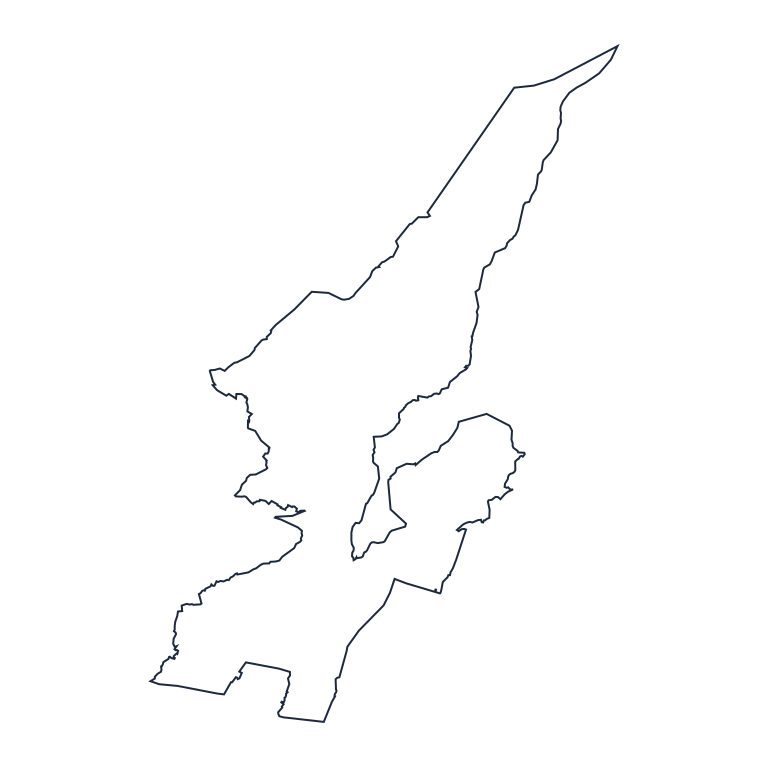 Tetela del Volcán, Morelos, Mexico
{"feature_id": "50627088B54865100778576", "entity_name": "Tetela del Volcán", "entity_type": "district", "adm_level": 2, "iso_a3": "MEX", "parent_name": "Mexico", "parent_adm1": "Morelos", "projection": "orthographic", "projection_center": [-98.713, 18.918], "detail": "fine", "context": "isolated", "style": "outline", "palette": "slate", "viewbox_px": 768, "rotation_deg": 0, "n_neighbors": 0, "source": "geoboundaries", "source_scale": "gbopen_adm2", "svg_char_len": 6117}
<svg xmlns="http://www.w3.org/2000/svg" viewBox="0 0 768 768"><path d="M514.2,87.7L427.5,212.4L429.9,215.9L427.2,217.2L418.3,217.2L411.9,223.6L409.7,224.1L396.0,241.2L398.2,246.4L393.0,256.7L390.7,257.0L384.7,261.4L381.9,262.4L378.7,266.1L379.3,267.0L376.0,267.6L372.3,271.1L370.1,277.0L355.4,293.1L353.5,295.9L349.2,298.8L344.2,299.7L341.6,299.3L328.4,292.9L311.7,291.8L294.4,309.4L275.7,325.0L270.7,330.5L271.3,331.1L270.6,333.4L266.8,336.8L266.8,339.1L263.1,339.6L261.6,340.4L254.8,348.1L254.5,350.0L249.4,356.0L236.9,362.3L234.3,362.8L228.3,367.3L224.7,370.9L219.8,368.5L214.9,369.9L210.3,370.3L209.8,371.0L213.1,382.0L215.2,384.7L212.7,385.2L217.1,390.2L226.3,395.7L228.8,393.9L236.0,398.6L236.4,394.0L241.6,394.1L244.1,395.9L245.7,396.4L245.1,397.4L246.8,397.9L246.6,398.6L247.3,399.0L246.4,402.5L247.3,404.2L247.9,407.3L247.4,411.4L251.8,414.0L248.9,417.0L249.3,420.8L249.0,421.9L248.0,421.1L247.9,427.7L248.3,428.4L255.2,430.9L261.1,440.6L269.5,447.6L269.3,448.7L268.8,448.7L268.7,451.5L267.6,453.5L265.3,453.5L263.1,456.7L266.7,460.5L266.2,461.1L266.6,462.3L266.0,465.1L267.3,468.0L266.0,469.3L255.7,474.5L250.2,474.8L246.8,477.9L246.1,480.7L241.9,484.7L240.1,490.1L234.9,495.4L235.9,496.4L241.7,496.7L244.5,496.3L246.2,497.0L250.7,502.2L253.2,504.1L254.0,502.6L255.3,502.5L256.6,501.4L259.5,501.2L259.9,499.8L265.5,500.9L268.8,504.0L271.6,501.0L277.6,504.4L277.4,505.3L281.1,507.1L280.7,507.8L285.3,509.8L285.8,508.1L287.6,506.9L288.1,505.1L292.2,507.1L292.9,506.4L294.4,506.5L296.9,508.7L296.2,511.3L298.5,512.3L300.3,510.8L304.4,510.6L304.7,510.9L292.4,515.9L275.7,516.8L275.0,517.7L280.9,519.5L297.9,527.4L301.9,530.8L301.6,533.2L302.2,535.5L300.8,538.5L301.3,540.3L299.9,541.9L296.1,544.0L294.2,548.1L282.2,556.8L279.4,560.5L275.8,561.5L270.4,561.8L269.3,563.4L263.5,563.6L260.9,564.7L256.0,568.4L253.6,569.2L248.4,572.4L237.4,574.5L237.0,573.4L235.5,573.9L232.8,576.5L230.6,577.5L228.9,580.1L227.2,579.8L223.6,581.4L220.4,581.0L218.0,582.0L216.5,581.3L214.5,585.7L213.1,585.9L211.4,584.4L210.6,586.3L205.4,588.8L204.8,590.7L204.0,590.3L202.4,590.7L200.4,593.3L198.9,594.0L201.5,603.5L200.3,604.4L193.4,604.8L191.8,604.1L190.1,604.6L186.6,603.9L181.7,605.6L182.2,611.1L178.0,611.5L177.2,616.2L175.3,621.6L174.7,625.8L174.7,629.5L173.9,631.2L175.7,632.6L176.0,634.2L173.6,638.9L173.2,643.8L174.8,646.9L176.6,646.2L174.5,649.2L175.7,650.2L176.8,650.0L178.1,650.8L177.3,653.8L176.8,653.3L173.9,655.9L173.6,657.4L174.8,658.0L174.4,658.9L171.3,658.0L169.8,656.7L169.1,656.9L168.4,659.0L163.4,662.1L162.9,664.2L161.6,666.6L161.1,666.6L161.5,669.8L160.9,671.8L157.6,673.8L154.8,676.7L154.9,678.5L150.5,681.2L159.1,684.2L177.4,685.9L217.0,693.5L224.0,694.4L231.0,682.2L232.2,682.2L235.9,677.2L237.2,677.7L237.7,679.1L239.4,678.4L241.8,672.9L239.3,671.6L245.9,662.4L278.8,668.6L289.9,671.9L290.0,675.5L288.0,678.4L289.3,684.1L286.7,691.5L287.6,692.2L286.0,693.7L286.2,694.8L285.5,697.1L284.5,697.8L284.6,700.1L284.0,702.0L283.5,702.4L281.7,701.7L281.3,702.4L283.6,704.2L281.8,706.6L282.3,707.5L278.2,712.2L278.3,713.9L279.3,716.2L283.1,717.3L323.8,721.9L332.0,701.6L335.0,696.4L334.5,696.2L334.9,693.9L336.1,692.3L336.5,690.5L336.0,689.6L335.6,679.3L337.0,677.9L339.4,677.2L346.6,651.1L347.4,646.7L359.0,630.5L383.6,605.4L390.0,592.7L394.6,578.9L406.1,583.3L435.0,591.9L435.5,589.6L436.0,589.7L435.4,592.0L439.9,593.4L440.6,592.7L441.4,589.6L442.8,582.0L447.5,577.3L448.4,575.1L450.0,575.1L450.5,572.3L452.8,568.5L456.2,559.6L466.0,529.6L464.1,528.9L461.7,529.2L458.7,531.2L456.9,530.0L463.2,524.4L466.6,522.7L469.7,521.9L472.4,522.5L477.8,520.2L481.0,519.7L481.7,522.2L483.1,522.5L484.0,520.3L485.2,520.3L486.6,519.0L489.3,517.9L489.6,509.7L487.9,501.5L488.6,500.3L491.8,499.8L495.5,496.9L498.1,497.1L500.4,499.2L504.7,494.3L507.9,491.8L513.1,489.4L510.3,489.6L508.1,487.3L506.7,487.8L504.6,486.9L505.1,483.5L507.8,479.2L508.1,476.8L508.9,475.0L510.5,473.8L512.8,473.1L514.6,471.7L515.3,470.3L515.2,461.4L517.9,459.0L518.6,458.9L520.0,456.5L521.6,455.9L522.8,456.7L524.7,454.3L524.3,452.8L518.2,452.4L517.5,450.8L513.5,447.9L512.7,446.3L512.6,442.9L511.5,439.8L512.0,430.7L509.5,425.7L486.6,413.9L458.8,421.8L457.3,428.0L452.9,435.0L448.2,441.1L440.8,445.8L438.7,450.6L437.3,452.0L434.9,451.9L431.6,453.1L422.2,459.4L415.6,465.1L415.2,463.4L413.3,464.3L406.6,463.8L396.8,468.2L395.4,472.5L390.5,476.7L390.6,478.6L388.5,479.8L388.2,482.2L390.6,509.4L406.0,523.6L405.2,526.6L391.9,530.6L389.8,532.3L384.7,541.3L383.2,542.2L377.7,543.1L373.8,542.2L371.8,542.4L370.3,543.7L367.1,550.3L365.8,551.8L364.2,552.4L362.8,556.4L361.5,557.4L356.8,558.2L356.5,557.2L355.4,559.2L353.6,560.2L353.3,557.6L352.0,556.3L352.3,552.5L353.3,551.2L353.7,549.4L353.7,547.7L351.9,544.2L351.4,540.8L351.4,532.6L352.6,527.0L355.6,522.9L359.1,523.2L361.5,520.3L366.0,503.7L367.2,503.3L371.6,495.5L372.6,495.3L374.1,493.1L379.2,478.6L377.9,466.5L373.5,462.7L373.0,461.2L373.2,457.9L372.7,455.0L374.5,452.3L373.5,449.8L374.9,447.5L373.7,436.8L381.8,436.4L387.2,434.3L394.0,428.9L397.2,424.1L398.8,422.8L399.8,419.5L399.0,417.9L399.0,413.3L403.8,408.8L403.9,407.9L405.4,406.7L405.9,405.3L408.3,403.1L410.8,402.0L412.7,400.2L414.8,400.0L415.8,400.7L418.3,400.3L417.9,397.1L418.3,396.0L427.4,397.6L428.9,396.4L431.1,396.2L434.0,393.8L436.7,393.5L438.6,394.1L439.9,393.3L441.7,389.3L448.1,387.7L449.9,382.0L457.1,376.3L459.8,373.0L465.9,369.4L467.2,368.0L465.0,367.3L466.2,365.8L468.2,365.8L469.6,364.5L471.0,355.9L470.4,350.9L471.1,348.9L470.6,347.1L472.3,340.0L471.7,336.3L472.5,336.0L472.9,333.2L476.5,323.1L477.6,314.9L476.7,311.8L478.5,307.0L475.5,291.9L479.2,289.1L483.3,269.7L484.2,267.6L489.8,264.4L491.6,261.2L494.8,252.5L505.2,248.1L506.7,245.4L507.1,243.2L510.0,240.1L512.6,238.6L513.7,236.6L515.3,235.4L518.0,230.0L523.6,205.1L525.3,202.7L529.1,201.9L529.5,201.3L531.7,195.5L535.6,189.4L536.9,183.9L538.0,174.5L541.2,171.2L541.8,169.6L542.8,162.3L543.6,160.1L550.8,152.4L557.6,140.2L558.0,129.0L560.6,123.6L561.1,121.0L560.6,118.3L561.0,112.9L560.3,110.3L560.6,106.8L562.9,101.5L569.4,92.7L576.8,87.5L585.6,82.7L599.2,73.3L610.9,59.7L617.5,46.1L554.4,79.2L533.9,85.6L514.2,87.7Z" fill="none" stroke="#1e293b" stroke-width="2"/></svg>